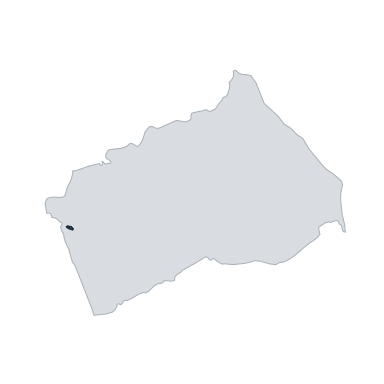 Bolga East, Upper East, Ghana shown in context, rotated 249°
{"feature_id": "2480657B19171272300465", "entity_name": "Bolga East", "entity_type": "district", "adm_level": 2, "iso_a3": "GHA", "parent_name": "Ghana", "parent_adm1": "Upper East", "projection": "mercator", "projection_center": [-0.786, 10.803], "detail": "fine", "context": "in_parent", "style": "filled", "palette": "slate", "viewbox_px": 384, "rotation_deg": 249, "n_neighbors": 0, "source": "geoboundaries", "source_scale": "gbopen_adm2", "svg_char_len": 3626}
<svg xmlns="http://www.w3.org/2000/svg" viewBox="0 0 384 384"><g transform="rotate(249 192 192)"><path d="M234.5,51.0L237.3,53.7L238.0,55.3L236.9,61.1L234.9,65.2L233.6,69.1L233.7,71.0L235.0,72.9L239.3,75.9L241.5,77.8L244.1,80.8L247.1,83.7L252.3,87.5L254.4,88.1L254.3,89.2L253.6,90.6L253.1,104.7L252.7,108.3L252.4,110.1L251.9,115.3L251.4,116.1L250.4,116.0L249.5,116.2L249.3,117.2L249.6,118.3L252.7,119.1L252.1,119.9L249.8,120.6L248.7,122.1L249.2,123.9L247.9,125.4L248.3,126.4L249.1,127.1L250.4,126.8L254.0,124.4L255.5,124.1L257.4,124.6L260.8,128.3L261.0,130.1L259.6,136.3L258.2,141.0L257.9,147.3L259.4,150.9L259.2,152.9L257.6,154.5L254.1,157.0L254.3,158.7L256.0,161.8L259.0,165.2L264.8,169.5L268.0,175.1L268.0,177.4L266.2,179.6L264.1,181.6L263.4,184.5L264.4,203.1L259.7,211.2L259.7,213.6L260.1,216.2L261.4,217.9L263.7,218.3L265.7,219.9L265.0,225.5L264.0,231.3L263.8,234.1L263.2,235.5L261.4,236.6L260.7,238.4L261.2,240.6L260.8,242.3L261.8,244.5L263.9,247.2L267.4,253.8L268.7,254.4L269.2,255.8L268.9,257.1L270.2,260.1L274.0,263.0L278.0,265.6L281.2,266.0L281.9,268.3L284.1,271.2L285.6,272.5L288.0,273.3L290.0,273.8L290.1,276.3L286.5,278.0L284.1,280.5L282.2,284.4L279.6,288.7L270.7,290.9L267.3,290.9L249.1,291.1L231.9,299.5L222.1,302.5L216.0,307.2L207.9,310.6L202.2,314.7L190.4,316.6L171.0,323.1L165.0,325.6L158.8,330.1L148.9,335.3L145.0,335.2L137.2,330.3L131.3,327.9L116.9,324.1L106.2,322.7L101.0,321.1L99.6,320.8L100.8,319.0L103.8,318.9L107.0,319.5L109.3,318.1L112.8,317.9L113.7,316.5L114.0,313.0L114.0,310.1L115.2,308.9L115.5,305.5L113.8,298.0L112.6,297.2L106.3,296.1L105.9,294.7L104.7,293.1L103.5,289.3L102.2,283.5L100.0,276.4L95.8,264.7L94.7,260.6L94.0,256.4L93.9,251.3L94.7,249.5L94.6,246.9L94.2,244.3L97.2,238.3L103.0,231.0L104.2,228.3L105.3,226.5L105.4,223.9L106.5,215.4L109.3,205.1L111.0,201.2L112.2,199.1L113.6,195.6L114.0,194.0L119.3,190.0L121.8,188.9L122.3,187.3L121.5,185.6L121.9,184.4L123.1,183.8L125.1,183.3L126.6,181.6L124.3,168.9L122.5,156.2L122.4,155.1L121.3,153.4L120.2,148.1L118.4,145.1L115.9,144.2L115.9,141.3L118.4,136.4L119.1,133.5L117.9,132.7L117.7,130.4L118.6,126.8L118.1,124.6L117.7,122.2L115.0,116.7L114.4,112.7L115.7,110.4L115.7,105.3L114.3,97.5L114.0,92.6L115.0,90.6L114.5,88.6L112.6,86.7L112.5,84.9L114.1,83.2L113.9,81.8L111.9,80.8L110.0,78.4L108.4,74.6L108.8,68.5L111.8,57.2L112.2,56.3L115.6,56.4L115.7,56.8L126.4,56.7L138.7,56.6L153.4,56.5L166.7,56.3L167.3,55.8L169.5,55.2L183.0,56.4L191.4,55.8L194.9,56.1L197.6,56.9L203.4,56.4L206.5,56.7L208.8,59.5L209.8,59.5L211.1,58.3L213.4,57.0L215.8,55.9L217.5,53.7L218.5,52.0L220.0,52.4L222.2,52.3L223.7,50.9L224.3,48.7L234.5,51.0Z" fill="#d9dde1" stroke="#a8b0b8" stroke-width="1"/><path d="M200.0,67.8L200.3,67.8L200.4,67.7L200.5,67.7L200.8,67.5L201.0,67.5L201.3,67.5L201.3,67.4L201.5,67.3L201.5,67.2L201.8,67.0L202.0,67.0L202.1,66.9L202.3,66.8L202.5,66.8L202.8,66.8L202.8,66.7L203.0,66.6L203.0,66.4L203.1,66.2L203.2,65.9L203.3,65.9L203.4,65.7L203.5,65.6L203.6,65.4L203.4,65.2L203.5,65.2L203.8,65.1L203.8,64.9L203.7,64.8L203.7,64.7L203.8,64.5L203.8,64.4L203.9,64.2L204.0,64.2L203.9,64.0L203.9,63.9L204.0,63.9L204.0,64.0L204.3,64.1L204.5,64.0L204.5,63.9L204.6,63.7L204.8,63.6L204.7,63.4L204.7,63.2L204.7,62.9L204.6,62.7L204.4,62.5L204.4,62.4L204.2,62.4L204.1,62.5L203.9,62.5L203.7,62.6L203.5,62.8L203.4,62.8L203.3,63.0L203.2,63.0L202.9,63.2L202.9,63.3L202.9,63.5L202.7,63.6L202.4,63.6L202.2,63.7L202.1,63.8L201.9,64.0L201.9,63.9L201.9,64.0L201.7,64.2L201.7,64.3L201.6,64.6L201.5,64.8L201.4,64.9L201.2,65.0L200.9,65.0L200.6,65.4L200.3,66.1L199.8,66.7L199.6,66.8L199.5,67.1L199.7,67.5L200.0,67.8Z" fill="#64748b" stroke="#1e293b" stroke-width="1.5"/></g></svg>